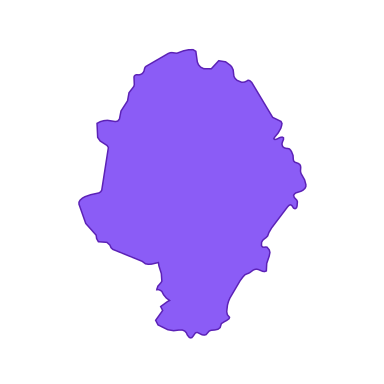 the border of Aube, rotated 247°
{"feature_id": "FRA-5270", "entity_name": "Aube", "entity_type": "Metropolitan department", "adm_level": 1, "iso_a3": "FRA", "parent_name": "France", "parent_adm1": "", "projection": "albers", "projection_center": [4.051, 48.317], "detail": "fine", "context": "isolated", "style": "filled", "palette": "violet", "viewbox_px": 384, "rotation_deg": 247, "n_neighbors": 0, "source": "natural_earth", "source_scale": "10m", "svg_char_len": 2733}
<svg xmlns="http://www.w3.org/2000/svg" viewBox="0 0 384 384"><g transform="rotate(247 192 192)"><path d="M204.5,81.9L224.9,83.2L226.8,84.0L228.2,85.8L229.2,88.8L229.5,91.7L229.1,97.7L227.5,106.1L227.9,108.0L228.9,109.6L265.6,132.4L268.0,132.0L274.8,127.4L279.1,126.5L292.3,131.4L292.6,135.1L292.1,138.8L291.0,142.2L286.8,149.0L286.3,151.3L287.5,153.7L294.3,158.3L301.1,168.3L308.0,172.8L311.9,179.7L313.3,180.8L320.4,183.5L321.2,184.1L321.7,185.3L321.7,186.6L320.6,188.9L320.3,190.3L320.4,192.2L321.1,193.8L322.1,195.1L324.3,196.7L325.1,197.5L325.6,198.6L328.8,224.2L328.7,226.5L328.1,228.1L325.8,232.0L325.6,233.0L325.3,239.3L324.3,244.3L322.6,248.6L320.0,250.5L309.6,247.7L306.6,247.7L303.6,248.7L300.9,251.0L297.9,257.9L302.4,267.9L298.7,273.8L293.4,276.9L291.4,277.5L288.3,277.6L282.2,275.8L279.8,276.0L277.2,277.1L273.5,280.7L272.7,283.2L272.7,285.5L273.0,287.3L271.9,288.7L269.5,289.8L229.2,295.4L222.2,301.5L219.9,301.6L218.2,300.5L216.0,298.7L212.7,294.4L210.0,289.2L209.0,288.1L208.0,288.7L207.6,290.0L207.6,291.7L207.8,293.4L207.7,295.1L207.2,296.6L206.2,297.4L204.7,296.8L202.8,294.9L201.0,293.5L198.4,293.2L196.6,294.2L195.4,295.7L194.6,297.2L193.6,298.5L192.0,299.1L190.2,299.4L186.2,299.3L182.5,298.0L180.9,297.7L179.3,298.3L176.8,301.0L175.2,302.0L173.6,302.1L172.0,301.6L169.0,300.1L167.9,299.8L166.4,299.6L159.2,300.4L154.2,299.7L152.5,298.9L151.2,297.4L150.3,294.9L150.1,292.8L150.6,287.1L150.1,285.5L149.2,284.2L147.0,284.0L143.5,285.3L141.8,285.2L138.0,283.2L136.7,282.1L136.3,280.8L136.5,280.1L137.5,279.2L140.6,278.6L141.8,277.6L141.8,276.1L141.0,274.2L127.8,251.2L124.6,246.9L122.0,244.5L121.1,242.4L120.6,240.3L119.9,238.2L118.5,236.4L115.5,235.0L113.8,235.4L113.0,236.7L112.6,238.3L111.9,239.5L108.5,240.5L105.9,240.1L102.8,238.0L97.1,232.9L90.3,229.6L90.4,227.7L91.4,226.0L94.7,222.8L95.8,221.2L96.2,219.5L96.2,217.8L95.2,213.6L95.1,212.2L95.2,210.1L95.1,208.3L93.8,205.5L91.6,201.7L79.6,185.5L77.2,183.0L74.1,180.5L68.3,177.2L65.2,176.6L62.0,177.6L60.9,176.6L60.2,173.7L60.0,171.3L59.4,167.6L56.2,164.9L55.5,162.3L56.1,159.1L57.2,155.6L57.3,154.3L57.2,153.3L55.2,149.2L55.5,147.4L56.6,145.5L60.5,142.2L61.0,140.7L60.8,139.8L58.8,136.6L58.0,134.9L58.4,133.4L59.4,132.6L62.3,131.8L64.5,131.8L66.8,131.0L68.7,129.2L70.1,125.8L71.5,120.9L74.7,115.9L82.9,108.8L88.1,108.4L94.4,118.7L98.8,118.4L100.7,126.5L100.9,129.0L104.5,126.9L108.5,125.7L112.3,125.4L113.0,125.0L114.1,124.2L115.0,123.3L115.4,122.6L115.8,121.4L116.7,122.0L117.7,123.0L118.6,123.7L120.8,128.2L121.7,129.4L128.9,131.9L137.0,132.7L140.2,133.5L141.4,126.7L142.5,123.6L144.1,121.1L147.7,119.0L170.1,96.7L172.3,95.7L175.2,95.7L178.9,94.0L182.8,86.4L186.4,86.0L189.7,86.9L204.5,81.9Z" fill="#8b5cf6" stroke="#5b21b6" stroke-width="1.5"/></g></svg>